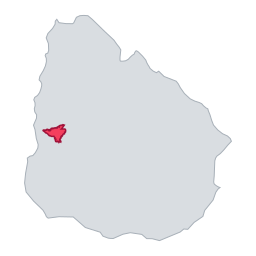 location of Young, Río Negro, Uruguay
{"feature_id": "84410073B75635115155614", "entity_name": "Young", "entity_type": "district", "adm_level": 2, "iso_a3": "URY", "parent_name": "Uruguay", "parent_adm1": "Río Negro", "projection": "albers", "projection_center": [-57.732, -32.654], "detail": "fine", "context": "in_parent", "style": "filled", "palette": "rose", "viewbox_px": 256, "rotation_deg": 0, "n_neighbors": 0, "source": "geoboundaries", "source_scale": "gbopen_adm2", "svg_char_len": 4576}
<svg xmlns="http://www.w3.org/2000/svg" viewBox="0 0 256 256"><path d="M220.0,187.5L218.0,189.1L215.8,192.3L213.1,200.0L204.7,210.4L202.9,216.4L194.1,222.4L187.8,229.3L183.8,229.0L180.2,232.0L159.5,240.6L152.2,238.7L146.7,238.6L141.8,234.4L130.3,232.7L123.0,234.2L113.2,238.5L110.3,238.4L108.2,238.1L103.0,236.2L100.2,232.2L85.3,227.5L73.3,217.0L59.0,216.7L48.1,218.1L46.4,216.7L45.3,214.1L43.0,210.2L33.6,201.1L26.1,192.0L24.6,183.0L25.6,173.3L27.7,161.7L27.3,158.1L30.1,156.1L32.8,155.6L35.4,152.6L37.8,148.1L38.2,144.7L36.3,138.4L35.0,129.6L33.5,125.2L36.5,118.2L36.6,114.8L34.8,111.9L34.3,108.8L35.1,105.7L35.0,102.7L33.8,99.8L34.7,97.4L37.5,95.5L39.6,92.6L41.0,88.7L41.7,85.7L41.7,83.6L40.8,81.7L39.1,79.9L39.9,76.2L43.2,70.8L45.4,66.0L46.4,61.7L46.3,58.3L45.2,55.7L45.7,54.0L47.8,53.1L48.7,50.3L48.4,43.5L46.2,37.9L47.9,33.5L52.6,28.4L55.1,24.2L55.3,21.1L56.8,19.3L59.0,22.7L65.8,23.6L72.6,23.7L73.7,22.9L76.4,17.3L79.9,15.7L83.7,15.4L87.9,15.7L92.3,19.4L104.8,31.6L113.9,40.1L116.7,44.1L119.1,47.1L120.8,49.9L120.0,57.1L120.0,60.2L120.4,61.1L122.5,61.2L125.6,60.8L128.3,59.3L130.4,57.0L132.4,55.2L134.1,54.2L134.7,52.7L135.6,51.1L136.6,50.8L138.4,52.0L142.6,56.2L145.8,60.1L146.6,62.3L147.8,64.6L149.1,66.6L150.1,68.5L153.2,71.1L156.4,72.7L158.7,71.2L164.1,76.5L176.2,81.2L178.3,83.9L180.3,87.7L184.4,93.5L190.1,98.8L194.8,101.1L199.2,102.5L201.7,103.7L203.4,105.7L206.1,108.0L207.8,108.8L208.3,110.7L210.0,114.9L211.6,120.2L213.5,125.1L217.7,129.9L222.5,133.7L227.5,136.0L230.3,138.6L231.4,141.3L227.8,145.1L223.9,149.8L220.4,153.5L216.9,156.1L215.7,157.9L214.8,160.8L214.2,176.0L213.7,181.7L213.9,183.2L214.4,184.2L216.4,185.8L218.9,187.2L220.0,187.5Z" fill="#d9dde1" stroke="#a8b0b8" stroke-width="1"/><path d="M54.0,128.1L53.9,128.1L53.8,128.3L53.7,128.4L53.6,128.5L53.4,128.5L53.2,128.5L53.2,128.4L53.0,128.2L52.9,128.2L52.7,128.3L52.6,128.5L52.5,128.4L52.4,128.3L52.2,128.5L52.0,128.4L51.9,128.3L51.7,128.3L51.4,128.3L51.2,128.4L51.1,128.5L51.0,128.8L51.0,129.0L50.9,129.0L50.8,129.3L50.8,129.5L50.7,129.5L50.8,129.9L50.8,130.0L50.6,130.3L50.4,130.4L50.3,130.2L50.2,130.2L50.1,130.3L50.0,130.5L50.0,130.8L49.9,130.9L49.7,130.8L49.7,130.7L49.6,130.4L49.4,130.4L49.2,130.4L48.9,130.3L48.8,130.2L48.7,130.2L48.8,130.0L48.8,129.9L48.9,129.7L48.7,129.7L48.6,129.8L48.4,129.9L48.2,129.9L48.2,130.0L48.1,129.9L47.9,129.7L47.8,129.4L47.7,129.3L47.4,129.4L47.3,129.5L47.1,129.6L47.0,129.4L46.9,129.4L46.8,129.5L46.7,129.6L46.7,129.8L46.5,130.0L46.4,130.1L46.2,130.1L46.1,129.9L46.0,130.0L45.8,130.1L45.7,130.2L45.7,130.3L45.4,130.3L45.3,130.2L45.2,130.1L44.8,130.0L44.5,130.2L44.4,130.3L44.4,130.2L44.2,130.2L43.9,130.2L43.7,130.0L43.4,130.1L43.2,130.2L43.1,130.3L43.1,130.6L43.6,130.7L43.7,130.9L43.7,131.0L43.9,131.3L44.1,131.3L44.5,131.6L45.4,132.6L45.6,132.8L45.9,133.0L46.5,133.0L47.1,133.5L47.9,134.1L48.2,134.5L48.5,134.9L48.6,135.0L49.0,135.3L49.3,135.7L49.7,135.6L49.9,135.8L50.6,135.8L50.7,136.0L51.2,136.3L51.5,136.4L52.4,136.4L53.9,136.3L54.0,136.8L55.0,137.6L54.7,138.4L54.6,138.7L55.8,139.2L55.3,139.6L55.3,140.2L55.5,140.9L55.6,141.0L55.6,141.3L55.7,141.5L55.8,141.5L56.1,141.4L56.3,141.3L56.5,141.4L56.8,141.8L57.2,141.7L57.6,141.7L57.7,141.3L57.8,141.3L58.0,141.3L58.5,141.6L58.8,141.9L58.7,142.0L58.9,142.4L59.1,142.1L59.6,141.9L59.9,141.8L60.2,141.8L60.6,142.0L60.6,141.8L60.8,141.8L60.9,141.5L60.8,141.2L60.6,140.8L60.5,140.7L59.8,140.7L60.0,139.7L59.7,139.5L59.7,139.3L59.8,139.3L60.1,139.2L60.2,138.9L60.4,138.8L60.5,138.6L60.8,138.2L60.7,138.1L60.6,137.9L60.6,137.7L60.7,137.3L61.0,137.3L61.1,137.1L61.4,137.0L61.4,136.9L61.3,136.6L61.6,136.5L61.5,136.0L61.5,135.9L61.8,135.8L62.2,136.0L62.3,136.0L62.6,135.6L62.8,134.7L63.2,134.3L63.3,134.0L63.6,133.8L64.1,133.8L64.4,133.9L64.5,133.8L64.5,133.5L64.5,133.0L64.7,132.8L64.8,132.7L64.7,132.2L65.4,132.1L65.5,132.0L65.5,131.8L65.4,131.7L65.5,131.4L65.7,131.0L65.7,130.8L65.6,130.6L65.6,130.4L65.6,129.9L65.3,129.4L65.0,129.2L64.9,129.0L61.4,129.0L61.9,128.5L64.3,125.1L63.4,124.8L63.4,125.0L63.1,124.9L62.6,125.0L62.4,125.2L62.2,125.0L61.8,125.3L61.6,125.3L61.4,125.2L61.0,125.4L60.5,125.3L60.2,125.4L59.7,125.6L59.7,125.8L59.4,125.9L59.3,126.1L59.4,126.3L59.3,126.5L59.2,126.7L59.2,126.8L58.9,126.6L58.4,126.4L58.3,126.5L58.2,126.6L58.0,126.8L57.9,126.8L57.7,126.9L57.6,127.0L57.6,127.3L57.6,127.5L57.4,127.7L57.2,127.4L56.9,127.4L56.9,127.5L56.6,127.7L56.5,127.8L56.6,128.0L56.4,128.0L56.2,128.1L55.9,128.2L55.7,128.0L55.7,127.9L55.4,127.8L55.2,127.7L54.9,127.8L54.7,127.9L54.6,128.0L54.4,128.1L54.2,128.1L54.0,128.3L53.9,128.2L54.0,128.1Z" fill="#f43f5e" stroke="#9f1239" stroke-width="1.5"/></svg>